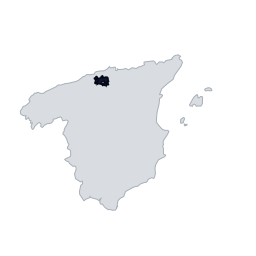 Spain, with Álava highlighted, rotated 336°
{"feature_id": "ESP-5801", "entity_name": "Álava", "entity_type": "Autonomous Community", "adm_level": 1, "iso_a3": "ESP", "parent_name": "Spain", "parent_adm1": "", "projection": "equal_earth", "projection_center": [-2.779, 42.851], "detail": "fine", "context": "in_parent", "style": "filled", "palette": "ink", "viewbox_px": 256, "rotation_deg": 336, "n_neighbors": 0, "source": "natural_earth", "source_scale": "10m", "svg_char_len": 6181}
<svg xmlns="http://www.w3.org/2000/svg" viewBox="0 0 256 256"><g transform="rotate(336 128 128)"><path d="M136.0,64.4L136.0,65.0L137.1,66.2L140.3,66.9L141.1,67.3L141.0,68.9L140.2,70.3L140.9,70.9L141.7,70.9L142.6,69.8L142.8,70.5L144.3,71.2L147.6,72.4L149.9,72.6L152.3,75.1L156.2,74.6L159.7,77.0L163.0,76.5L163.7,77.0L168.8,77.0L169.0,75.1L169.6,74.3L178.5,77.0L179.6,78.7L179.4,79.5L179.9,81.5L181.0,81.4L183.3,80.3L186.4,81.7L187.2,82.9L187.8,82.9L190.1,81.8L196.2,83.2L196.4,82.2L196.8,82.0L199.4,81.1L200.4,80.9L203.7,81.6L204.1,82.7L204.8,83.1L205.1,84.1L203.2,84.7L203.0,86.3L204.3,87.7L204.5,90.2L201.3,93.3L192.0,98.7L189.0,101.9L182.0,103.5L174.7,105.9L170.5,110.2L171.6,110.5L172.9,112.0L172.5,112.6L170.6,113.6L168.9,113.9L165.8,119.2L161.5,124.7L159.9,127.2L156.5,133.7L156.5,135.5L158.3,142.0L159.3,143.7L160.7,145.1L163.3,146.3L164.0,147.5L163.1,148.6L160.5,150.6L156.0,153.4L154.1,155.5L153.7,157.6L152.4,158.6L151.9,161.5L150.1,165.6L150.0,166.7L151.4,168.1L150.0,169.1L143.0,169.4L138.6,172.6L136.4,175.5L134.5,180.8L132.1,183.9L131.0,184.5L129.4,183.1L127.3,182.9L125.3,183.3L124.3,184.4L122.6,185.0L121.0,184.5L117.6,184.2L116.0,184.3L113.6,185.2L111.5,184.6L108.1,184.3L100.5,185.0L99.6,185.3L96.2,188.9L92.5,189.0L89.2,190.4L86.9,193.9L86.5,195.8L85.8,195.4L85.3,195.5L85.0,196.9L82.7,197.8L80.2,196.7L78.1,194.9L76.9,194.8L75.1,192.1L74.4,190.4L73.9,188.5L73.8,187.2L72.2,186.5L71.9,184.8L73.1,182.6L74.7,181.4L73.2,181.5L72.1,182.9L70.8,180.6L65.4,176.2L65.7,174.6L64.8,175.8L64.1,176.1L61.4,175.9L58.1,176.5L56.9,169.0L57.8,166.3L61.5,161.2L63.8,160.5L64.7,157.9L62.7,158.0L59.5,153.0L60.4,148.3L63.7,144.8L64.3,143.4L64.5,142.1L63.9,141.1L62.1,140.6L60.3,137.0L60.0,134.7L58.5,133.4L57.3,131.1L58.4,130.7L63.0,130.7L64.2,130.1L65.0,128.6L66.0,126.1L66.2,124.6L64.4,122.4L64.4,122.0L64.7,121.2L67.5,118.8L67.0,117.0L67.5,113.2L67.3,111.0L67.0,109.2L66.1,106.9L66.8,105.9L68.2,105.1L69.4,103.2L71.2,101.6L73.4,100.3L76.1,97.5L75.7,96.3L74.8,95.6L71.6,95.0L71.4,94.5L71.5,91.4L70.7,90.2L69.5,90.4L67.8,89.8L67.3,90.2L65.1,90.1L63.5,89.5L62.9,90.0L62.6,91.1L60.0,92.2L58.5,92.1L56.1,91.2L53.3,91.5L53.0,91.3L50.6,92.5L49.8,92.5L48.9,91.1L50.2,88.9L49.1,86.8L48.4,86.8L44.0,88.3L41.4,90.3L40.4,90.5L40.0,90.1L40.0,87.3L42.7,84.4L41.1,84.2L41.2,83.3L42.3,81.9L41.2,80.9L41.3,77.9L38.9,78.8L38.3,78.7L38.3,77.5L39.8,75.1L38.3,74.8L37.2,73.9L35.8,72.0L35.8,70.9L36.7,68.5L38.8,67.4L40.9,65.7L43.6,66.0L47.9,64.6L49.3,63.9L49.3,62.8L48.8,62.1L49.3,61.4L52.7,59.4L54.7,59.2L56.8,58.2L58.2,58.8L59.4,58.6L60.8,59.4L62.6,61.1L65.3,61.9L67.5,61.3L78.5,61.1L81.6,60.3L84.0,61.4L88.7,61.9L91.5,62.8L99.3,64.3L102.1,64.3L107.8,62.8L109.4,63.2L111.7,62.5L112.7,62.6L114.2,63.6L119.2,65.0L120.5,63.8L121.5,63.6L125.0,64.3L128.7,65.8L130.6,65.9L133.3,65.5L136.0,64.4ZM204.2,128.8L205.5,129.4L206.9,128.8L207.7,129.0L208.4,129.3L208.6,130.4L205.8,136.1L203.5,137.6L201.0,136.4L199.6,136.1L199.2,135.6L198.8,133.8L198.2,133.3L197.3,133.0L195.5,134.4L194.9,133.5L194.0,133.3L193.6,132.7L193.6,132.0L199.2,127.6L200.8,126.6L204.3,125.5L204.8,125.7L204.4,126.3L204.9,127.0L204.2,128.8ZM220.2,126.5L219.7,128.0L215.4,126.0L214.0,125.7L213.7,125.4L213.8,123.8L216.6,123.6L218.9,124.4L220.2,126.5ZM181.1,144.6L180.7,145.7L178.5,145.3L178.1,144.8L178.5,143.6L179.1,143.4L179.1,142.5L179.7,141.6L182.7,140.9L183.4,141.5L183.6,142.4L181.8,144.3L181.1,144.6ZM183.3,149.1L183.0,149.3L180.7,149.1L180.6,148.4L181.1,147.3L181.9,148.3L183.3,148.5L183.3,149.1Z" fill="#d9dde1" stroke="#a8b0b8" stroke-width="1"/><path d="M122.1,78.4L122.0,78.2L122.0,77.8L121.9,77.6L121.7,77.4L120.9,76.7L120.5,76.6L120.2,76.2L119.7,75.9L119.3,75.6L118.9,75.3L118.5,75.5L118.1,75.6L117.9,75.6L118.0,75.5L118.0,75.3L117.9,75.2L117.7,74.9L117.8,74.6L118.0,74.3L118.2,74.0L118.2,73.9L118.3,73.7L118.2,73.5L117.8,73.8L117.7,73.9L117.4,73.9L117.2,74.0L116.9,74.3L116.9,74.5L116.7,74.5L116.6,74.4L116.2,73.9L116.0,73.7L116.1,73.4L116.3,73.1L116.5,72.9L116.6,72.6L117.2,72.5L117.4,72.5L117.5,72.6L117.8,72.9L117.9,73.0L118.0,73.1L118.4,73.2L118.5,73.2L119.0,73.2L119.3,73.2L119.5,73.1L119.6,72.9L119.8,72.9L120.0,72.8L120.0,72.7L120.0,72.4L119.6,72.3L119.4,72.2L119.2,71.9L119.4,71.8L119.6,71.8L119.7,71.7L119.8,71.7L119.9,71.4L119.8,71.2L119.5,71.1L119.4,70.9L119.4,70.7L119.0,70.8L118.8,71.3L118.6,71.4L118.1,71.3L117.7,71.2L117.7,70.9L117.8,70.7L117.8,70.3L117.8,69.9L117.9,69.7L117.5,69.5L117.5,69.4L117.4,69.3L117.6,69.0L117.6,68.8L117.9,68.7L118.2,68.9L118.4,69.0L119.2,68.8L119.3,68.7L119.5,68.2L119.8,68.0L120.0,68.0L120.4,68.5L120.6,69.0L120.4,69.6L120.3,69.9L120.5,70.1L121.2,70.7L121.6,70.7L121.8,70.7L122.1,70.9L122.7,71.1L123.3,71.0L123.8,71.2L124.0,71.2L124.6,71.2L124.8,70.9L124.7,70.7L124.4,70.3L124.4,70.2L124.6,70.1L124.8,70.0L125.1,70.1L125.9,70.0L126.1,70.7L126.0,71.0L125.9,71.1L125.3,71.4L125.2,71.5L125.1,71.9L125.7,72.2L125.8,72.2L126.0,72.0L126.5,72.2L128.5,72.4L129.1,72.8L129.3,73.2L129.4,73.3L129.8,73.3L130.0,74.0L130.0,74.4L129.7,74.8L129.5,75.2L129.5,75.5L129.5,75.8L129.4,76.0L129.0,76.2L128.9,76.3L128.9,76.5L129.0,77.1L129.3,77.2L129.3,77.3L129.3,77.5L129.2,77.6L128.8,77.8L128.7,77.9L128.3,77.9L128.2,77.9L128.1,77.7L127.9,77.5L127.7,77.5L127.3,77.8L127.2,78.0L126.9,78.2L126.8,78.3L126.6,78.4L126.6,78.6L126.7,78.8L126.8,78.8L127.1,79.0L127.3,79.0L127.6,78.6L127.8,78.7L127.9,78.8L127.9,79.2L127.8,80.1L127.8,80.4L127.5,80.4L127.0,80.2L126.6,80.0L126.5,79.7L126.4,79.7L126.3,79.8L126.2,79.9L126.1,80.1L125.9,80.1L125.7,80.2L125.5,80.3L125.4,80.4L125.4,80.1L125.2,80.1L124.9,80.2L124.7,80.1L124.2,79.8L124.1,79.7L124.0,79.4L124.0,79.2L124.0,78.9L123.8,78.6L123.3,78.3L123.2,78.3L122.9,78.4L122.8,78.6L122.7,78.9L122.4,78.9L122.2,78.9L122.1,78.7L122.3,78.5L122.3,78.4L122.2,78.2L122.1,78.4ZM124.8,75.5L124.6,75.5L123.8,75.3L123.6,75.2L123.1,75.1L122.2,75.2L122.0,75.3L121.7,75.7L121.5,75.9L121.5,76.0L121.9,76.5L122.3,76.8L123.1,77.2L124.0,77.4L124.7,77.6L125.7,77.7L125.8,77.7L125.9,77.8L126.0,77.8L126.3,77.7L126.3,77.4L126.2,77.2L125.9,77.2L125.8,77.3L125.7,77.3L125.5,77.2L125.4,77.0L125.3,76.9L125.2,76.8L125.2,76.7L125.4,76.5L125.5,76.5L125.5,76.4L125.7,76.1L125.7,75.8L125.3,75.7L125.2,75.5L124.9,75.5L124.8,75.5Z" fill="#0f172a" stroke="#020617" stroke-width="1.5"/></g></svg>